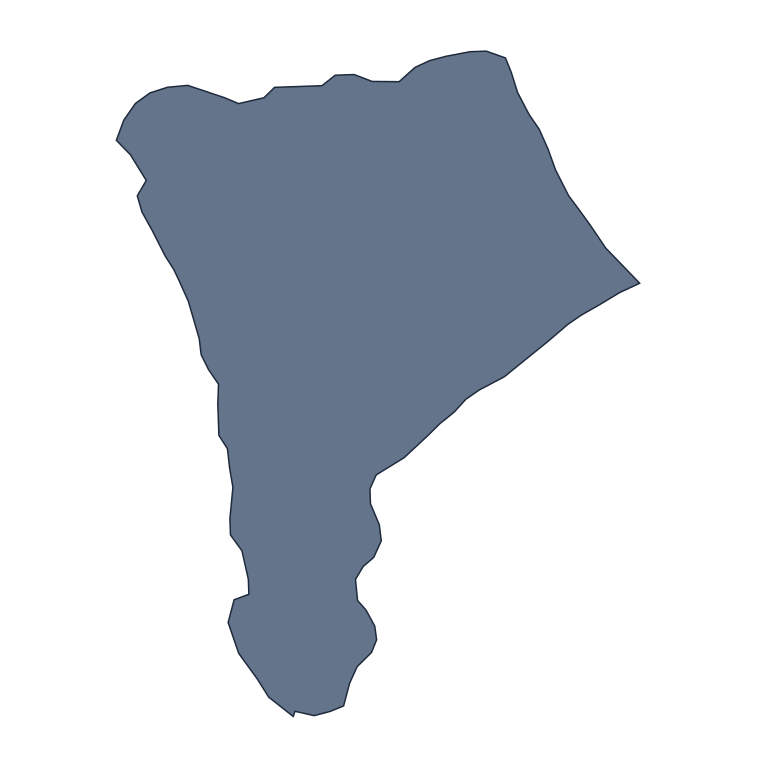 Agios Amvrosios Keryneias, Cyprus, rotated 268°
{"feature_id": "46923920B46036306691539", "entity_name": "Agios Amvrosios Keryneias", "entity_type": "district", "adm_level": 2, "iso_a3": "CYP", "parent_name": "Cyprus", "parent_adm1": "", "projection": "equal_earth", "projection_center": [33.571, 35.33], "detail": "fine", "context": "isolated", "style": "filled", "palette": "slate", "viewbox_px": 768, "rotation_deg": 268, "n_neighbors": 0, "source": "geoboundaries", "source_scale": "gbopen_adm2", "svg_char_len": 1315}
<svg xmlns="http://www.w3.org/2000/svg" viewBox="0 0 768 768"><g transform="rotate(268 384 384)"><path d="M475.8,643.0L498.6,622.5L512.0,610.4L535.8,595.5L552.0,584.6L565.7,575.1L592.0,562.9L613.2,556.1L633.2,548.0L648.1,538.5L670.6,527.7L690.6,522.2L705.6,516.8L713.1,497.8L713.1,481.6L709.3,457.2L705.6,440.9L699.3,426.0L685.6,409.7L686.8,382.6L694.3,365.0L694.3,346.0L684.3,332.4L684.3,303.9L684.3,285.0L674.3,274.1L669.3,248.4L675.6,234.8L689.3,198.2L688.1,177.9L683.1,160.3L673.1,145.4L656.8,133.2L636.9,125.0L621.9,138.6L595.7,153.5L580.7,144.0L564.4,148.1L545.7,157.6L519.5,169.8L505.8,177.9L493.3,183.3L473.3,191.4L435.8,200.9L419.6,202.3L404.6,209.1L389.6,218.6L369.7,217.2L338.4,217.2L324.7,225.3L306.0,226.7L286.0,229.4L254.8,225.3L238.5,225.3L222.3,236.2L193.6,241.6L178.6,241.6L173.6,226.7L151.1,219.9L119.9,229.4L93.7,247.0L75.0,257.9L54.9,281.7L60.0,283.6L55.0,302.6L58.7,318.9L63.7,332.4L86.2,339.2L102.4,347.3L116.2,362.2L128.6,367.7L142.4,366.3L158.6,358.2L168.6,350.0L189.8,348.7L202.3,356.8L211.1,367.7L227.3,375.8L243.5,374.4L264.8,366.3L279.7,366.3L293.5,373.1L309.7,401.6L330.9,426.0L342.2,438.2L353.4,453.1L365.9,465.3L374.6,478.8L387.1,504.6L398.4,519.5L420.9,549.4L437.1,569.7L445.8,583.3L455.8,602.3L467.1,622.6L475.8,643.0Z" fill="#64748b" stroke="#1e293b" stroke-width="1.5"/></g></svg>